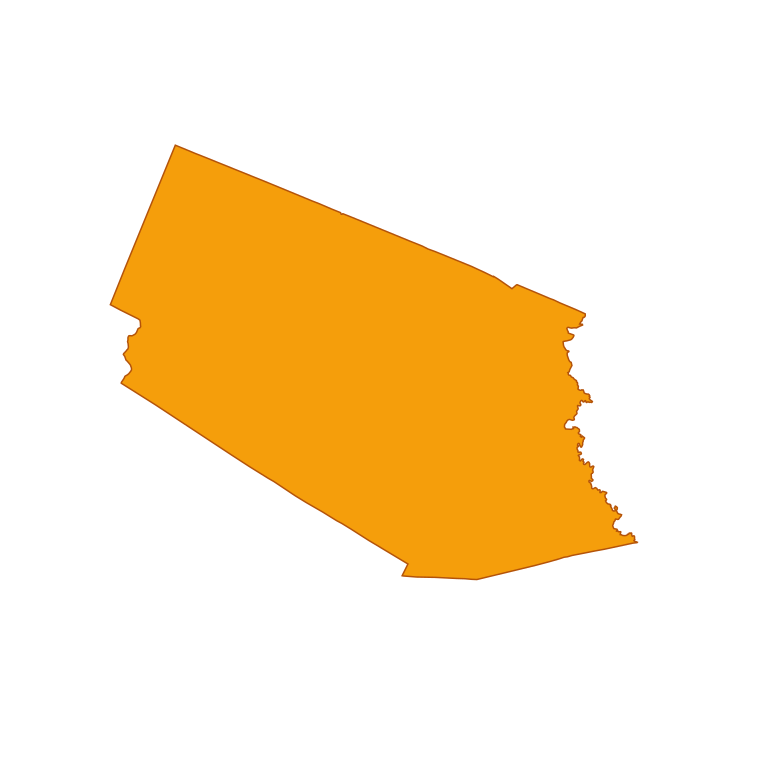 Mirosi, Arges, Romania (Natural Earth projection), rotated 29°
{"feature_id": "2599482B53373185835128", "entity_name": "Mirosi", "entity_type": "district", "adm_level": 2, "iso_a3": "ROU", "parent_name": "Romania", "parent_adm1": "Arges", "projection": "natural_earth1", "projection_center": [24.956, 44.405], "detail": "fine", "context": "isolated", "style": "filled", "palette": "amber", "viewbox_px": 768, "rotation_deg": 29, "n_neighbors": 0, "source": "geoboundaries", "source_scale": "gbopen_adm2", "svg_char_len": 6145}
<svg xmlns="http://www.w3.org/2000/svg" viewBox="0 0 768 768"><g transform="rotate(29 384 384)"><path d="M493.6,542.7L506.1,537.0L522.5,528.3L541.7,518.9L549.1,515.1L555.4,512.3L560.0,510.0L604.8,468.8L614.5,459.5L622.0,452.0L625.5,448.2L628.2,446.2L631.7,442.7L642.2,433.9L648.9,428.2L656.7,421.8L678.6,402.7L682.2,400.1L682.3,399.6L681.1,399.7L679.4,400.1L678.5,399.9L678.4,399.6L678.7,399.0L678.7,398.2L678.0,397.8L677.5,396.6L676.9,395.8L676.4,395.6L675.9,395.8L675.0,396.8L674.5,396.5L673.5,395.5L673.0,394.5L672.5,394.4L671.9,395.1L671.4,395.0L670.7,395.7L670.7,396.8L670.3,397.2L669.8,397.4L669.8,398.3L669.3,399.0L668.1,399.9L666.1,400.8L664.7,400.8L663.6,401.2L663.3,400.5L663.1,399.3L662.7,398.5L662.4,398.5L661.0,399.4L660.5,399.5L659.7,399.1L658.9,399.9L658.6,399.9L658.6,399.1L658.8,398.5L658.1,398.1L655.3,399.0L654.8,398.8L653.0,397.4L652.6,396.8L652.3,394.4L651.9,393.2L652.3,391.5L651.9,390.3L652.0,389.9L652.6,389.6L654.0,389.2L654.7,388.6L655.0,386.3L655.4,384.6L655.2,383.2L654.0,383.3L652.9,383.7L651.4,383.9L648.7,382.2L648.5,381.9L648.7,380.7L648.2,379.2L647.8,378.9L646.7,378.6L645.6,378.6L645.4,379.0L645.9,380.1L645.5,380.9L647.9,382.1L647.9,382.6L646.6,383.7L645.1,383.8L643.8,382.5L643.0,382.1L642.2,381.5L641.7,381.4L641.6,380.6L641.0,380.6L640.8,379.9L640.5,379.7L639.8,379.7L638.0,380.3L637.1,380.2L635.3,379.5L634.4,378.7L634.8,377.7L634.6,376.9L633.0,376.4L631.8,375.2L631.1,374.0L631.1,373.2L631.6,372.0L631.6,371.3L631.4,371.1L630.9,371.0L627.4,371.8L627.0,372.1L626.7,373.4L626.4,373.8L625.6,374.2L625.2,373.9L625.0,372.7L624.2,372.0L623.9,372.0L622.5,373.1L620.5,372.1L619.0,372.2L617.9,374.0L617.2,374.5L616.4,374.5L616.0,374.2L615.6,373.3L614.1,371.6L613.5,371.4L613.0,370.6L611.0,370.3L610.7,370.2L610.4,369.6L610.2,369.1L610.3,368.8L611.2,368.5L612.5,368.7L612.9,368.3L613.4,367.5L613.3,366.6L610.9,365.8L610.6,364.9L609.3,363.0L609.0,362.4L609.0,361.8L609.5,361.1L609.7,359.9L609.0,358.8L608.2,358.2L607.9,356.9L607.6,354.6L607.0,354.3L606.1,354.8L605.4,356.2L605.0,356.5L604.1,356.5L602.9,354.9L602.7,354.2L601.5,353.3L600.7,353.0L600.3,353.2L599.8,353.9L598.9,356.7L598.4,357.2L597.6,357.4L597.0,356.9L596.9,356.5L597.0,355.8L596.6,355.3L595.6,355.2L595.4,354.9L595.1,353.3L594.2,353.1L593.7,353.6L593.4,354.4L593.1,356.0L592.9,356.1L592.0,356.1L591.8,355.9L591.2,354.4L590.3,353.1L588.6,352.3L588.6,351.9L590.1,350.3L590.4,349.7L590.4,349.2L589.4,348.3L588.9,348.3L587.0,349.5L586.5,349.3L585.8,348.1L584.7,347.5L583.8,346.4L583.8,345.7L584.3,344.4L584.1,343.9L583.8,343.8L583.2,344.1L582.6,342.9L582.6,342.2L582.8,341.7L583.2,341.5L583.8,341.5L584.5,342.3L586.4,343.6L587.0,343.7L587.3,343.4L587.3,341.7L587.1,340.6L586.1,338.9L586.1,337.9L585.5,336.5L585.7,334.5L585.6,334.0L585.4,333.8L582.5,333.4L582.4,333.6L582.7,334.5L582.6,334.8L581.7,334.8L581.1,334.6L580.9,334.0L580.9,333.2L580.6,332.9L578.9,333.2L577.8,332.8L577.6,332.4L577.7,331.9L577.9,331.3L577.9,330.5L576.9,329.1L576.5,328.9L575.0,328.8L573.9,328.5L572.9,328.9L571.8,328.9L571.0,329.7L570.2,330.0L570.4,330.4L571.3,330.8L571.4,331.0L571.3,331.3L570.5,331.8L570.0,332.7L566.4,334.5L564.5,335.3L563.5,334.5L562.7,334.2L561.6,331.8L562.0,329.0L561.9,327.8L562.2,326.5L562.8,325.6L563.5,325.0L566.4,324.4L567.1,323.8L567.7,323.0L567.5,322.4L566.4,321.5L566.2,321.1L566.2,319.5L567.0,317.0L567.1,316.3L565.6,314.4L565.9,312.0L565.7,311.3L564.5,310.2L563.8,309.2L563.9,308.8L565.4,308.4L566.3,307.7L566.3,307.2L566.2,306.7L565.7,306.2L564.6,305.6L564.4,305.2L564.3,304.0L564.4,303.0L564.7,302.6L565.5,302.4L566.5,303.0L567.0,303.1L567.6,302.6L567.8,301.4L568.0,301.0L568.3,300.9L569.7,302.0L570.3,301.9L570.4,301.4L571.2,300.6L572.4,300.6L572.9,300.0L574.4,299.6L574.7,299.3L574.8,298.6L574.7,298.2L571.9,297.9L570.7,297.4L570.5,296.6L570.7,295.9L570.5,295.6L570.0,295.6L569.5,295.3L569.6,294.6L569.2,294.5L568.8,294.0L568.0,293.8L567.3,293.8L566.6,294.4L564.4,294.8L563.7,294.8L563.2,294.6L562.9,294.2L561.5,292.9L560.9,292.6L560.3,293.2L559.7,293.3L559.3,294.0L558.4,294.5L556.4,294.5L556.0,294.2L555.8,293.3L555.3,292.5L555.1,291.7L553.5,291.0L553.4,290.2L552.5,289.0L551.3,288.8L551.1,288.2L550.6,287.7L549.4,287.7L547.6,287.4L546.4,286.8L544.5,287.0L543.7,286.7L543.2,286.2L542.8,286.1L541.6,286.6L540.5,286.2L539.9,285.1L539.3,284.9L539.9,283.9L540.0,283.4L539.5,281.2L539.4,276.7L537.2,274.3L536.3,274.4L535.4,274.2L533.9,273.3L530.5,270.2L529.4,268.6L529.2,267.5L530.0,266.1L529.8,265.7L529.5,265.6L528.1,266.1L526.4,265.9L525.1,265.1L523.5,264.3L522.3,263.2L520.3,260.5L520.2,260.3L520.3,259.9L521.7,258.6L522.9,257.7L525.8,254.9L526.4,253.8L526.8,251.6L526.7,249.8L526.4,249.3L525.9,249.2L520.6,250.1L520.4,250.0L519.8,249.0L518.8,248.4L517.0,246.9L517.0,246.5L517.1,245.7L517.6,245.1L519.8,244.6L521.1,244.1L522.9,242.7L525.2,241.6L527.1,238.7L529.1,236.2L528.6,235.6L526.0,236.7L526.1,233.8L526.4,233.2L526.5,232.7L526.2,231.5L525.9,229.3L526.6,228.8L527.0,228.0L527.0,226.8L526.0,225.1L516.9,225.8L498.3,227.8L491.5,228.2L487.8,228.8L452.4,232.6L451.8,233.1L449.7,238.6L432.6,236.9L427.7,236.7L427.7,237.2L419.2,237.6L403.7,238.7L364.4,243.4L356.9,244.6L350.7,244.8L337.3,246.5L272.5,254.1L265.6,255.0L265.4,255.1L264.9,256.0L264.6,256.1L264.2,256.2L262.9,255.2L253.1,256.4L240.1,257.7L232.0,258.8L185.9,264.1L111.9,273.2L107.6,273.8L85.7,276.3L101.4,409.2L106.2,447.3L118.1,447.1L137.3,446.2L139.6,446.5L141.2,448.5L142.1,449.9L142.4,450.6L143.1,451.3L143.4,452.0L143.2,453.3L142.3,454.4L142.1,454.9L142.5,458.7L142.3,460.6L142.0,461.3L140.5,463.7L139.6,464.4L138.5,464.8L137.6,465.4L137.4,466.0L137.5,467.3L137.8,468.0L138.7,469.6L139.2,471.3L140.5,472.6L142.5,475.5L142.9,476.7L143.0,477.8L142.6,478.9L142.5,480.1L142.1,481.4L142.0,482.5L141.6,483.2L141.6,483.9L141.7,484.5L142.0,484.7L142.8,485.0L143.9,485.6L146.7,488.1L148.3,488.5L152.8,490.2L155.2,492.3L155.7,493.0L156.3,494.1L156.3,495.5L155.8,498.7L155.1,500.4L153.9,502.4L153.7,502.9L153.9,505.2L153.5,509.9L153.8,510.7L194.0,513.0L285.2,520.0L306.6,521.5L328.4,522.6L335.0,522.7L360.5,524.8L373.7,525.4L392.3,525.7L408.9,526.5L414.9,526.4L425.6,526.9L446.2,528.2L492.2,529.8L492.8,542.9L493.6,542.7Z" fill="#f59e0b" stroke="#b45309" stroke-width="1.5"/></g></svg>